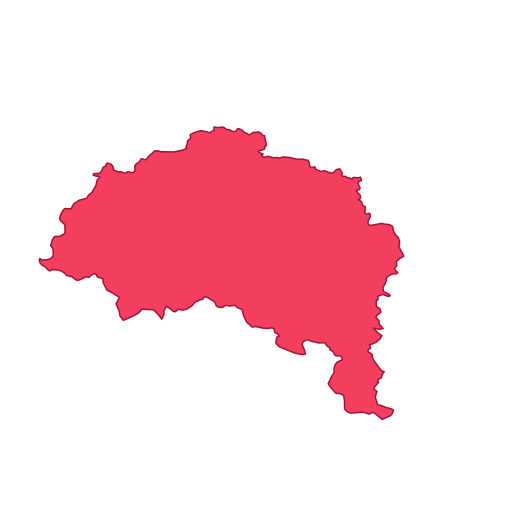 Bao Lac, Cao Bằng, Vietnam, rotated 297°
{"feature_id": "81297802B7761745227660", "entity_name": "Bao Lac", "entity_type": "district", "adm_level": 2, "iso_a3": "VNM", "parent_name": "Vietnam", "parent_adm1": "Cao Bằng", "projection": "equal_earth", "projection_center": [105.716, 22.875], "detail": "fine", "context": "isolated", "style": "filled", "palette": "rose", "viewbox_px": 512, "rotation_deg": 297, "n_neighbors": 0, "source": "geoboundaries", "source_scale": "gbopen_adm2", "svg_char_len": 6085}
<svg xmlns="http://www.w3.org/2000/svg" viewBox="0 0 512 512"><g transform="rotate(297 256 256)"><path d="M367.1,209.0L366.5,208.0L366.5,207.5L367.7,204.2L367.7,201.8L365.9,199.5L364.9,197.4L361.5,195.6L360.9,194.9L361.0,190.0L361.2,188.0L361.7,186.3L361.7,183.2L361.4,182.3L360.7,181.7L358.1,181.5L357.2,180.4L356.2,177.8L356.5,175.2L355.3,172.0L355.9,169.7L355.8,168.1L354.8,166.1L353.3,164.1L351.9,160.2L351.3,160.1L350.6,160.7L348.8,161.3L345.0,158.8L344.5,157.7L344.5,155.8L343.7,153.8L342.8,150.3L340.9,147.9L338.0,145.1L334.4,142.4L333.6,142.5L332.3,143.8L331.1,144.2L327.5,142.7L324.6,143.8L321.2,144.2L320.8,145.2L320.4,145.2L317.3,142.8L311.4,135.6L305.9,124.3L305.4,122.6L305.1,120.6L303.5,117.8L301.0,117.1L297.9,115.7L294.8,114.8L292.4,114.5L291.4,113.3L290.8,110.1L290.4,109.6L287.1,109.3L283.4,107.4L281.8,107.1L280.8,107.3L277.2,109.5L274.6,108.6L273.9,107.6L273.2,104.2L272.5,103.0L270.6,102.2L270.0,101.5L269.9,97.7L269.8,97.1L268.6,95.6L268.1,92.6L268.0,90.2L270.5,88.1L271.4,86.8L271.8,85.6L271.7,82.7L271.1,81.2L270.4,80.9L267.9,81.2L265.9,79.7L264.0,79.5L261.7,79.9L258.6,79.1L255.8,74.2L255.1,73.9L254.4,74.1L254.1,74.5L254.6,77.1L255.4,79.6L255.3,81.0L255.0,81.1L251.5,80.0L245.9,81.4L240.1,81.1L238.0,80.9L233.9,79.1L230.6,79.0L225.8,73.5L221.6,70.9L219.9,70.0L214.4,69.8L213.3,68.3L211.9,64.9L211.2,64.0L208.9,63.3L206.1,63.1L201.2,63.7L200.1,64.2L199.2,65.0L198.6,66.3L197.2,71.1L196.7,71.7L190.5,75.1L188.8,75.1L185.0,72.6L184.1,71.6L182.2,68.1L181.3,67.5L177.9,67.3L172.3,68.2L171.8,68.6L170.8,71.1L170.2,71.7L165.6,74.7L164.1,75.0L161.5,74.7L160.1,73.9L157.3,71.0L155.2,66.9L155.6,64.7L153.9,64.8L151.6,67.0L150.9,69.2L150.6,73.2L149.3,76.7L149.1,78.8L151.8,81.3L153.8,86.7L154.2,89.6L153.8,93.2L152.7,96.2L154.0,101.5L153.1,105.6L153.1,108.0L155.8,110.8L156.7,111.1L158.5,112.8L160.0,113.5L160.5,114.3L161.1,116.8L165.0,118.4L166.8,119.8L167.1,121.0L167.0,121.9L165.3,124.4L165.3,125.8L166.1,127.5L166.0,130.1L162.8,131.9L157.8,139.0L158.1,141.9L157.9,145.9L157.5,147.7L157.3,153.1L149.9,153.0L144.8,159.1L140.9,162.0L138.4,167.0L146.7,173.8L149.4,175.6L152.6,177.5L155.4,178.3L156.7,178.2L161.5,189.1L159.6,195.3L157.0,200.6L157.9,200.8L162.1,200.5L164.8,199.0L170.5,199.0L169.9,204.5L169.1,207.3L169.3,208.5L170.1,209.7L172.2,210.3L173.0,211.0L173.7,212.1L174.3,214.8L175.8,216.9L176.9,218.2L182.7,221.6L187.6,222.8L189.4,224.6L191.9,226.4L193.2,228.2L195.5,228.3L196.3,228.5L196.5,229.0L197.0,231.3L196.9,233.2L196.4,239.6L196.3,240.1L193.6,243.4L193.4,244.4L193.6,246.3L193.9,247.6L195.2,249.7L197.5,250.7L198.3,251.8L199.0,253.1L199.3,254.9L202.5,259.9L202.6,260.3L202.1,260.9L201.6,262.6L201.9,268.1L197.3,271.9L193.0,277.6L192.5,278.6L192.1,280.9L190.9,284.7L193.0,287.7L195.1,295.6L196.9,299.7L198.8,302.1L199.5,304.1L199.4,305.1L196.5,307.4L196.3,308.2L196.7,310.0L195.6,312.6L195.2,313.0L193.0,311.4L187.8,313.0L186.9,314.0L185.9,317.3L185.7,318.6L187.1,334.5L188.8,341.0L190.1,343.4L191.2,344.5L194.4,341.7L195.9,340.0L197.4,337.7L198.2,337.2L199.5,336.9L200.7,337.1L202.1,337.5L203.9,338.9L205.0,340.5L205.2,344.8L206.0,347.0L206.9,351.1L209.7,356.2L210.0,357.2L208.4,359.1L208.0,360.4L207.7,363.7L206.1,364.2L205.8,368.0L203.8,370.8L203.3,372.0L203.6,373.3L205.1,375.7L205.2,376.6L204.9,377.9L203.9,379.0L202.9,379.8L202.1,379.6L199.1,377.1L197.5,376.3L194.4,375.9L190.7,376.8L187.3,378.5L182.3,378.0L175.1,378.3L173.8,380.2L170.1,388.9L170.1,390.2L170.9,391.5L171.6,394.1L171.6,396.8L171.3,397.5L167.4,400.4L160.1,404.3L159.2,406.2L158.6,408.7L159.0,411.8L165.1,421.7L165.9,424.1L166.3,427.9L166.6,428.6L169.9,431.3L169.5,434.4L167.7,442.6L174.9,448.4L178.4,448.9L180.4,448.7L180.9,448.3L181.2,447.9L181.1,445.2L180.1,440.7L179.8,437.0L178.9,431.9L184.2,426.4L190.3,425.2L190.9,421.8L191.4,421.3L194.3,421.3L198.8,422.6L199.5,422.1L199.9,421.2L200.8,420.8L201.7,421.0L204.0,422.7L205.2,422.8L207.2,422.2L211.0,422.6L210.9,419.6L212.5,415.9L216.5,408.3L218.3,405.9L220.9,404.2L221.3,403.4L221.5,400.2L222.0,399.0L222.6,398.7L224.0,398.7L225.8,399.8L228.5,397.5L229.1,397.9L230.4,399.6L234.0,402.3L238.4,404.1L239.1,404.3L240.4,403.9L241.7,404.4L242.2,404.3L242.3,403.6L243.1,398.5L245.0,393.8L246.9,399.5L249.0,402.1L251.1,397.3L252.0,396.1L254.2,395.0L255.6,391.0L256.3,390.6L258.0,390.6L262.4,392.7L263.0,392.6L265.4,390.2L265.4,388.0L265.7,386.5L266.9,385.3L271.1,383.3L271.7,384.2L272.3,384.4L273.7,384.0L275.2,382.7L277.9,385.1L279.4,386.6L279.8,391.1L280.4,392.7L281.5,393.6L282.3,392.0L282.3,386.5L282.6,385.6L283.0,385.1L285.8,383.3L289.5,383.6L293.3,383.2L295.4,382.3L297.8,382.7L302.1,385.8L304.0,389.4L305.3,389.9L305.8,389.4L306.8,386.0L307.2,385.5L307.9,385.1L310.4,385.7L311.5,385.6L314.9,383.6L319.6,385.5L321.3,386.9L323.0,387.6L324.7,385.7L329.1,379.0L331.4,378.7L334.7,376.9L335.6,375.9L337.3,373.8L338.0,371.4L339.6,368.6L342.3,365.6L343.1,365.4L343.8,364.7L344.6,363.4L344.5,360.4L342.8,356.2L342.4,354.2L341.7,352.7L335.5,344.6L335.1,343.4L335.2,342.3L335.5,341.4L336.0,340.9L338.4,340.0L343.4,340.0L344.9,339.0L345.3,338.3L345.4,337.3L344.5,336.7L343.6,335.6L343.8,333.9L344.8,332.7L347.1,332.3L349.3,331.3L349.5,330.7L349.5,328.5L349.8,327.7L352.0,325.6L352.4,324.6L352.7,321.8L354.1,322.7L355.1,322.8L356.8,322.0L357.6,321.0L358.3,318.5L359.6,315.7L362.4,318.0L363.7,318.0L366.2,314.9L367.0,313.6L368.1,314.0L369.8,314.0L371.0,315.7L371.4,315.7L373.6,313.2L372.0,311.7L370.5,307.7L369.9,306.9L368.1,307.1L368.0,306.9L368.1,304.4L367.3,301.8L367.5,299.2L366.3,297.2L367.1,295.9L367.8,295.4L369.2,295.0L371.7,291.0L369.4,288.3L367.7,287.9L364.4,286.4L363.7,284.0L363.0,278.5L362.6,277.5L361.1,276.1L360.8,275.1L360.3,270.9L360.5,269.6L361.9,268.4L362.1,267.9L360.1,265.4L359.9,264.5L360.8,263.0L364.0,260.3L364.9,259.0L364.9,258.5L364.2,257.0L363.6,253.8L361.8,250.6L360.7,248.0L359.0,241.0L356.7,235.6L355.8,234.2L353.9,232.6L353.1,229.7L351.4,226.8L350.2,221.3L347.7,218.6L347.5,218.0L347.8,215.7L348.6,215.3L349.5,216.1L350.0,215.9L349.8,212.6L349.9,211.3L350.4,210.5L350.7,210.5L354.6,214.7L355.4,215.1L357.3,214.0L358.0,214.8L359.5,214.9L367.1,209.0Z" fill="#f43f5e" stroke="#9f1239" stroke-width="1.5"/></g></svg>